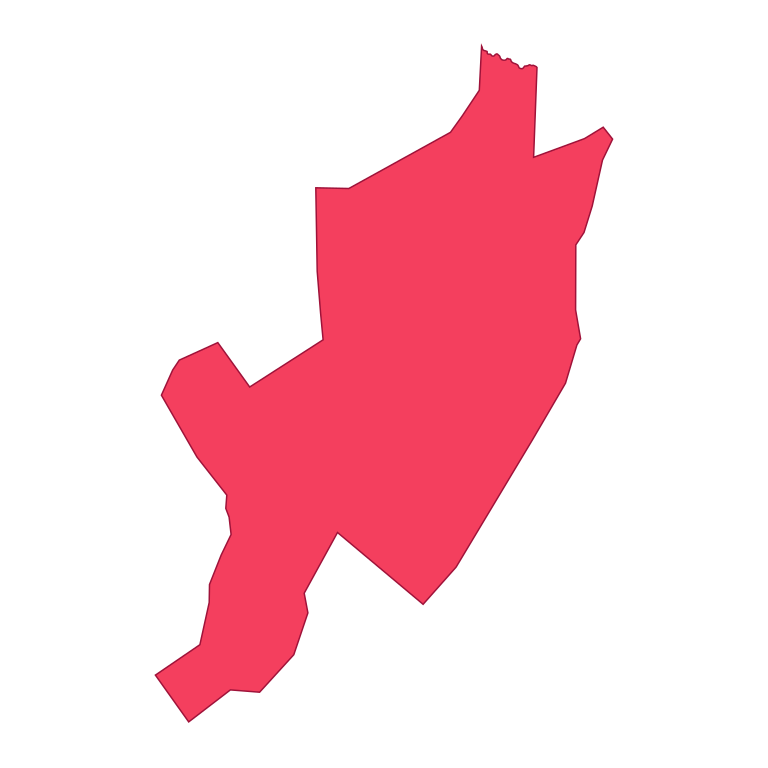 Su'mber, Dornogovi, Mongolia
{"feature_id": "93677404B97636792882766", "entity_name": "Su'mber", "entity_type": "district", "adm_level": 2, "iso_a3": "MNG", "parent_name": "Mongolia", "parent_adm1": "Dornogovi", "projection": "mercator", "projection_center": [108.779, 46.503], "detail": "fine", "context": "isolated", "style": "filled", "palette": "rose", "viewbox_px": 768, "rotation_deg": 0, "n_neighbors": 0, "source": "geoboundaries", "source_scale": "gbopen_adm2", "svg_char_len": 1497}
<svg xmlns="http://www.w3.org/2000/svg" viewBox="0 0 768 768"><path d="M315.8,187.8L317.2,271.3L320.6,313.3L323.1,339.8L249.7,387.0L217.8,342.6L179.3,360.1L172.7,370.0L161.4,395.2L197.0,457.1L226.8,495.1L225.8,508.4L229.1,517.1L231.1,534.5L221.2,555.0L209.5,584.5L209.2,602.5L199.9,644.7L155.4,675.1L188.7,721.9L230.4,689.9L259.6,692.2L293.8,654.7L307.9,612.9L304.2,593.2L337.5,532.5L423.1,604.3L456.1,567.1L532.7,439.4L565.5,383.2L576.9,345.0L580.6,338.8L575.6,309.9L575.8,244.9L584.0,232.5L592.2,206.1L602.5,160.1L612.6,139.1L603.2,127.2L584.5,138.6L533.6,157.3L537.0,67.5L536.3,66.7L535.2,66.1L533.3,65.3L532.8,65.3L532.2,65.6L531.7,65.6L530.3,65.0L529.7,64.8L529.2,64.9L528.4,65.3L528.0,65.7L527.7,65.8L527.0,65.7L526.2,66.1L525.2,66.0L524.7,66.1L524.3,66.5L523.5,67.7L522.7,68.4L522.1,68.7L521.0,68.6L519.7,68.2L519.1,67.8L518.4,66.1L517.8,65.1L517.3,64.7L515.6,63.8L513.7,63.2L512.2,62.4L511.1,61.1L511.0,60.7L510.8,59.9L510.1,59.1L509.5,59.1L509.0,59.1L508.6,59.0L507.9,58.5L507.2,58.5L506.8,58.9L506.0,59.8L504.9,60.2L503.5,60.2L502.0,59.8L501.1,59.0L500.3,58.0L499.9,56.6L499.4,55.8L498.3,54.9L497.5,54.1L496.8,53.9L496.1,54.1L495.2,54.6L494.3,55.7L493.6,56.1L492.6,56.1L491.8,55.8L491.3,55.2L490.8,54.5L490.1,54.1L488.9,54.2L488.2,54.1L487.6,53.8L487.3,53.3L487.2,52.8L487.2,52.1L487.1,51.5L486.4,51.2L485.5,50.9L483.8,50.4L483.0,49.8L482.6,49.2L482.1,47.1L481.6,46.1L479.3,90.3L462.4,115.7L450.5,132.3L348.8,188.5L315.8,187.8Z" fill="#f43f5e" stroke="#9f1239" stroke-width="1.5"/></svg>